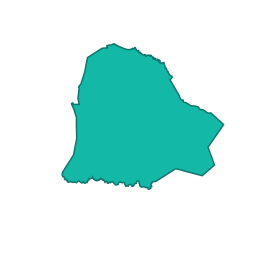 Danli, El Paraíso, Honduras (orthographic projection), rotated 56°
{"feature_id": "27666195B70228202857481", "entity_name": "Danli", "entity_type": "district", "adm_level": 2, "iso_a3": "HND", "parent_name": "Honduras", "parent_adm1": "El Paraíso", "projection": "orthographic", "projection_center": [-86.384, 14.061], "detail": "fine", "context": "isolated", "style": "filled", "palette": "teal", "viewbox_px": 256, "rotation_deg": 56, "n_neighbors": 0, "source": "geoboundaries", "source_scale": "gbopen_adm2", "svg_char_len": 5618}
<svg xmlns="http://www.w3.org/2000/svg" viewBox="0 0 256 256"><g transform="rotate(56 128 128)"><path d="M66.6,146.1L67.5,146.1L75.6,153.0L81.1,155.3L78.1,159.8L77.7,159.7L77.1,160.0L76.7,159.8L76.4,159.8L76.2,160.0L76.1,160.3L76.3,160.8L76.2,161.1L76.4,161.3L83.2,162.6L91.0,165.1L96.0,168.7L107.9,176.3L119.8,188.1L128.1,207.0L128.4,207.0L129.4,208.5L130.0,208.8L131.7,209.2L132.0,209.1L132.4,208.7L133.3,208.6L133.5,208.3L134.4,208.8L135.0,209.1L135.3,209.2L135.7,209.1L136.2,207.9L136.4,207.7L136.6,207.7L137.2,208.1L137.4,208.2L137.9,208.0L138.3,207.7L138.5,207.7L138.8,208.0L139.1,207.7L139.4,207.8L139.5,207.6L139.8,207.5L140.7,205.2L140.9,205.1L141.3,205.0L142.0,204.3L142.3,204.1L142.8,202.9L143.3,202.2L144.1,201.6L144.6,201.3L144.6,200.9L144.2,200.0L144.1,199.6L144.3,199.3L144.3,198.7L144.6,198.1L144.9,198.0L145.6,198.0L146.2,197.6L146.6,197.4L147.2,197.4L147.4,197.3L147.9,196.8L147.7,196.0L147.8,195.1L148.7,195.2L148.9,195.1L149.6,194.7L149.8,194.5L149.9,193.0L150.3,192.3L149.7,191.8L149.5,191.2L149.1,190.9L148.9,190.7L148.9,190.4L149.3,189.7L148.2,189.2L148.1,188.8L147.9,188.6L148.0,188.5L148.3,188.6L148.5,188.3L148.8,188.4L149.0,188.1L148.9,187.1L149.1,186.7L149.5,186.3L149.3,185.1L149.1,184.8L149.8,185.0L150.1,185.3L150.5,185.1L151.3,185.0L151.5,184.5L151.8,184.4L152.0,184.5L152.5,184.6L152.9,184.4L153.5,184.1L153.7,183.7L154.2,183.4L154.1,183.2L154.3,182.9L154.1,182.9L154.0,182.7L154.1,182.4L154.1,182.2L154.4,182.0L154.5,181.7L154.4,181.2L154.9,181.1L154.8,180.7L155.1,180.5L155.0,179.7L154.8,179.4L154.6,178.9L154.4,178.7L155.0,178.4L156.0,178.4L156.9,178.2L157.2,177.8L157.1,177.4L157.4,177.3L157.6,177.3L157.8,177.5L158.3,177.2L158.9,177.2L159.4,177.0L159.9,177.5L160.2,177.5L159.8,176.2L160.0,175.7L160.7,175.5L161.1,175.6L161.4,175.4L161.7,175.6L161.9,175.9L162.4,175.6L162.5,175.3L162.8,175.1L162.2,174.3L162.2,174.1L162.9,173.9L163.2,173.4L163.5,173.0L163.3,172.3L163.5,172.0L163.8,171.5L163.8,171.1L163.8,170.9L164.3,170.7L166.2,170.5L167.0,170.2L167.3,170.2L167.9,170.4L168.4,170.0L168.5,169.8L168.6,168.8L169.3,168.1L169.4,167.9L169.2,167.4L168.3,166.7L168.1,166.0L168.1,165.6L168.4,164.9L168.8,164.6L169.1,164.0L170.0,163.6L170.5,162.9L170.6,162.5L170.6,162.1L170.7,161.9L170.9,161.8L172.0,161.7L172.5,162.0L174.0,162.1L174.9,162.5L175.3,161.9L175.4,161.3L175.6,160.8L176.1,160.6L176.3,160.4L175.7,159.3L175.6,158.9L175.7,158.5L176.2,157.7L176.2,157.2L176.6,157.1L178.2,157.4L178.9,157.0L178.7,156.3L179.1,155.9L178.6,155.3L178.7,154.6L178.0,154.0L178.1,153.5L177.9,152.8L178.5,152.1L177.9,151.4L177.8,151.1L177.1,150.5L177.1,150.1L177.4,149.5L177.7,149.3L178.1,148.9L178.6,148.8L179.6,149.4L180.1,149.8L181.0,149.8L182.4,150.4L182.9,150.5L183.3,150.5L184.8,149.6L185.2,148.2L185.7,147.7L186.1,147.0L186.3,146.9L186.7,146.9L187.0,146.9L188.0,145.7L188.2,145.2L188.4,145.0L188.6,144.9L189.4,145.3L189.7,145.4L190.2,145.3L190.4,145.0L190.5,144.6L190.5,144.1L190.7,143.4L190.8,143.0L190.6,142.8L189.9,142.7L189.7,142.6L189.6,142.3L189.7,141.6L189.6,141.4L189.7,141.1L189.7,140.9L188.1,140.8L187.8,140.7L187.5,140.3L187.0,139.9L186.9,139.6L187.1,139.0L186.7,138.8L186.3,138.1L186.3,137.9L186.5,137.6L186.6,137.2L187.0,136.8L187.2,135.7L187.8,135.0L188.4,111.2L209.0,93.2L207.1,77.0L206.1,76.8L188.6,72.4L181.4,53.9L178.6,46.8L161.9,50.9L161.6,51.2L161.3,52.0L160.9,52.6L159.9,53.6L159.5,53.9L159.2,54.0L157.1,54.6L156.2,55.1L155.4,55.3L154.4,56.1L154.1,56.5L153.4,57.4L152.4,58.0L151.9,58.2L151.1,58.0L150.0,58.0L147.2,60.2L146.2,61.5L145.9,62.4L145.2,62.8L144.9,63.2L144.2,63.9L142.8,64.1L142.0,64.6L141.0,65.0L140.2,65.4L138.9,66.2L138.1,67.1L137.5,67.6L135.7,66.7L134.6,67.9L134.3,68.1L133.8,68.1L131.2,67.9L130.5,67.5L111.6,66.2L110.6,62.8L110.1,62.9L109.5,62.7L109.2,62.9L108.9,63.2L108.3,63.3L108.1,63.5L107.7,63.5L107.3,63.8L106.6,63.9L105.4,63.5L104.7,63.6L104.0,63.5L103.6,63.3L102.8,63.6L101.9,63.5L101.1,63.1L100.9,63.1L100.4,63.4L100.2,63.3L100.1,63.0L99.6,62.9L99.2,63.3L98.9,63.4L98.5,63.2L98.1,63.2L97.6,62.9L97.1,62.8L96.8,62.5L96.4,62.4L95.1,62.7L94.7,62.3L94.5,61.8L94.2,61.6L93.7,61.8L93.4,62.2L93.4,62.5L93.4,63.6L93.1,64.3L92.8,64.4L92.0,64.3L91.8,64.3L91.6,65.1L91.5,65.3L91.0,65.2L90.3,65.4L90.0,65.3L89.9,65.1L90.4,64.6L90.4,64.4L90.4,64.1L90.1,63.9L89.3,63.9L89.2,64.0L89.1,64.7L89.0,64.9L88.7,65.0L88.5,64.8L88.0,64.7L87.7,64.9L87.8,65.2L88.4,65.8L88.4,66.1L88.2,66.3L86.9,66.8L86.4,66.6L86.1,66.2L85.8,66.2L85.3,66.8L85.8,67.1L85.9,67.6L85.4,67.8L85.0,68.4L84.5,68.3L84.2,68.4L84.1,67.6L84.0,67.4L83.9,67.3L83.4,67.5L83.4,67.9L82.5,68.0L82.1,68.4L81.9,68.4L81.3,68.1L80.5,68.3L80.4,68.4L80.4,68.6L80.9,69.1L80.7,69.6L80.0,69.5L79.5,69.7L79.3,69.9L79.2,70.3L78.9,70.5L78.7,70.8L78.5,72.1L78.6,72.9L78.6,73.1L78.4,73.1L77.6,72.5L77.1,72.6L76.4,73.3L76.7,73.9L76.7,74.2L75.3,74.9L74.8,75.3L74.6,75.4L74.3,75.1L73.7,75.2L73.4,75.4L73.1,75.9L72.9,76.1L72.6,76.0L72.2,75.6L71.9,75.6L71.6,75.9L71.8,76.4L71.8,76.6L71.5,76.9L70.6,76.7L69.9,76.0L69.7,75.9L69.5,76.6L68.8,77.5L68.5,77.7L68.3,77.7L67.5,77.3L66.5,77.2L65.7,77.0L65.3,77.1L65.1,77.4L65.1,77.7L65.4,78.2L65.8,78.6L65.8,78.9L65.5,79.2L64.8,79.4L64.9,79.8L64.6,80.1L64.6,80.8L64.3,81.4L64.1,82.6L63.9,82.9L62.5,84.8L62.1,85.1L60.3,86.6L52.8,91.6L52.4,91.4L52.2,91.7L51.8,91.8L51.7,92.0L51.3,92.1L51.1,92.4L50.6,92.4L50.5,92.8L50.1,93.0L50.0,93.6L50.1,94.0L49.9,94.6L49.8,95.5L49.6,95.8L49.5,96.1L49.2,96.4L48.9,97.0L48.8,97.3L48.6,97.4L48.6,98.0L48.5,98.3L47.8,99.4L48.0,99.6L48.6,99.7L49.0,99.9L49.5,100.0L50.0,100.3L47.4,104.9L47.0,122.2L57.6,132.8L65.7,143.1L65.5,143.7L65.5,144.2L65.8,144.7L66.0,145.0L66.1,145.3L66.4,145.6L66.6,146.1Z" fill="#14b8a6" stroke="#0f766e" stroke-width="1.5"/></g></svg>